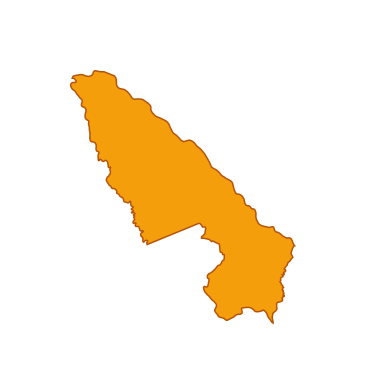 Mutarara, Tete, Mozambique (Robinson projection), rotated 158°
{"feature_id": "85939544B58328889190937", "entity_name": "Mutarara", "entity_type": "district", "adm_level": 2, "iso_a3": "MOZ", "parent_name": "Mozambique", "parent_adm1": "Tete", "projection": "robinson", "projection_center": [35.123, -17.229], "detail": "fine", "context": "isolated", "style": "filled", "palette": "amber", "viewbox_px": 384, "rotation_deg": 158, "n_neighbors": 0, "source": "geoboundaries", "source_scale": "gbopen_adm2", "svg_char_len": 6022}
<svg xmlns="http://www.w3.org/2000/svg" viewBox="0 0 384 384"><g transform="rotate(158 192 192)"><path d="M260.4,342.3L259.6,342.0L259.1,341.7L258.4,340.5L257.9,338.4L258.0,337.7L258.3,337.5L259.1,337.3L261.7,338.2L262.9,338.1L263.8,337.5L264.3,337.0L264.8,335.3L264.6,333.0L264.2,331.8L262.8,329.7L262.5,328.6L261.9,325.4L261.2,323.7L260.8,321.8L259.6,318.9L259.5,317.7L259.7,317.1L261.5,315.1L262.0,313.9L262.0,313.0L261.6,312.1L260.3,311.0L259.7,310.0L259.4,308.0L259.6,307.3L261.8,304.2L262.6,302.7L263.1,301.3L263.2,300.4L263.0,299.5L262.6,298.6L261.5,297.2L261.3,296.8L261.4,295.8L262.5,293.7L263.0,290.3L264.0,287.7L264.5,284.8L265.9,281.5L266.8,279.6L267.0,277.6L266.9,277.0L266.3,276.3L264.3,275.0L263.6,274.2L263.3,273.2L263.2,272.1L263.3,271.2L263.6,270.4L264.7,268.3L265.1,266.6L264.9,265.6L263.5,264.1L263.5,263.3L263.8,262.8L265.2,261.5L266.1,259.3L266.9,256.7L266.9,256.2L266.3,255.9L265.8,256.1L265.2,256.8L264.7,256.7L264.2,256.0L263.5,254.2L263.0,253.7L262.2,253.5L260.7,253.8L260.3,253.7L259.6,253.2L259.2,252.3L259.1,251.1L259.6,248.7L260.2,246.7L260.2,246.3L259.7,245.6L258.5,245.7L258.3,245.2L259.6,243.8L259.8,243.4L260.1,241.1L260.6,240.2L261.6,239.1L262.5,238.8L263.2,238.0L265.0,237.5L265.4,237.2L266.1,236.2L266.6,235.9L267.0,235.1L267.1,233.9L266.6,232.0L266.5,230.8L266.1,229.0L265.2,227.9L265.0,225.8L264.4,224.9L263.7,224.8L262.9,224.3L262.1,223.4L261.6,222.3L261.5,221.0L262.2,219.1L260.8,217.4L260.3,214.9L258.4,212.4L258.3,211.6L258.3,210.4L258.7,209.0L258.5,208.4L255.3,205.8L254.4,205.9L253.5,206.6L253.0,206.7L252.6,206.0L252.9,204.7L253.5,203.0L253.6,202.3L253.4,201.7L252.4,200.6L252.2,199.9L252.3,199.7L252.7,199.5L254.2,199.3L254.6,199.0L254.6,198.4L253.5,197.0L253.5,196.4L253.7,196.1L254.0,196.0L255.6,195.9L255.8,195.6L255.5,195.0L253.6,194.6L253.3,194.4L253.0,193.4L253.3,193.0L254.6,192.8L254.9,192.6L254.8,192.1L254.2,191.3L254.3,191.0L255.2,190.7L255.5,190.3L255.4,188.6L255.6,187.8L257.5,186.8L257.8,186.4L258.2,185.6L258.1,185.0L257.8,184.7L256.0,184.6L255.6,184.2L255.6,183.8L256.9,182.7L257.2,182.2L257.1,181.4L256.7,180.9L255.3,180.5L254.6,180.1L254.3,179.5L254.6,176.3L254.4,175.4L253.7,174.8L252.5,174.8L251.9,174.1L252.1,173.5L254.0,173.1L254.8,172.8L255.3,172.2L255.7,171.2L255.8,170.5L255.0,168.4L254.9,167.3L255.9,165.2L256.0,164.2L255.6,163.6L255.3,163.6L253.9,164.4L252.8,164.5L252.3,164.3L251.5,163.6L251.4,163.1L252.8,162.1L253.1,161.4L253.3,160.1L198.1,160.4L197.1,160.2L196.3,159.5L195.7,157.9L195.3,155.5L193.1,154.9L192.9,153.1L195.9,148.3L199.8,146.9L200.4,146.1L200.5,145.6L198.9,144.9L196.4,143.4L193.7,141.4L192.5,138.8L191.3,138.9L186.2,133.4L188.3,125.9L186.7,124.3L187.0,122.6L185.6,121.7L186.9,118.6L187.7,117.2L188.3,117.0L189.2,116.9L190.0,116.5L193.1,113.9L194.4,114.0L194.8,114.1L195.8,114.0L198.5,112.3L202.1,110.8L204.7,110.0L207.3,109.8L208.6,109.1L209.1,108.6L209.8,107.0L209.7,106.1L209.0,105.4L209.1,104.3L209.8,102.9L212.3,99.3L213.1,98.5L213.6,98.4L214.6,98.6L215.6,99.7L216.2,99.8L216.7,99.6L217.0,99.2L217.5,97.3L217.5,95.0L217.1,93.5L216.4,91.3L215.2,88.9L214.5,86.2L213.8,84.3L212.6,82.3L211.6,79.1L211.7,78.0L212.1,76.9L214.9,74.3L215.4,73.4L215.2,71.4L214.5,69.5L214.2,67.3L213.7,66.2L213.1,65.4L211.1,64.1L209.9,63.1L208.4,60.4L208.1,60.2L207.2,59.9L201.1,60.4L199.4,60.7L197.0,61.5L195.3,61.4L193.1,60.6L191.6,60.8L190.9,61.0L190.4,62.1L189.9,65.1L189.7,65.4L189.0,65.6L186.1,65.0L182.4,63.7L181.1,62.7L180.2,61.7L179.5,60.7L178.2,57.7L177.4,57.0L175.4,56.2L171.9,55.6L170.6,56.0L169.6,55.1L169.1,54.5L168.2,51.8L168.3,48.7L168.0,46.3L167.3,44.1L166.7,41.3L165.9,40.1L165.5,41.2L164.7,45.4L163.1,48.2L162.4,49.1L161.8,49.5L159.0,50.4L157.4,51.3L156.9,52.2L156.5,53.9L155.3,56.8L154.7,57.3L154.0,57.5L151.0,57.1L148.9,57.3L148.4,58.0L148.4,59.3L148.3,59.8L147.5,59.9L147.3,60.1L146.5,61.6L146.3,61.6L145.8,60.8L145.4,60.9L145.2,61.9L145.8,62.6L145.8,62.8L145.6,63.2L144.7,63.7L144.6,64.6L144.9,66.0L144.4,66.2L144.3,66.4L144.8,67.1L144.9,67.7L144.4,68.1L144.1,68.2L143.9,69.1L142.9,69.3L143.3,70.7L143.0,71.6L143.7,72.4L143.6,74.6L144.1,75.5L143.9,76.0L143.3,76.3L142.7,77.0L142.5,77.7L142.5,78.2L142.2,78.8L140.9,79.4L139.6,79.4L138.9,80.4L139.3,81.2L138.0,80.9L137.5,81.0L137.2,81.5L137.7,82.0L137.7,82.5L136.9,83.2L135.3,83.2L134.6,84.0L134.4,84.6L134.5,84.9L135.2,85.4L135.4,85.7L135.0,86.4L133.7,87.1L132.6,87.9L131.4,88.4L129.3,90.7L127.3,91.2L125.3,92.5L122.9,93.8L122.9,94.7L123.3,96.9L123.1,98.2L122.8,98.7L119.7,102.2L118.2,103.6L116.9,103.6L117.4,105.4L117.5,106.9L117.3,109.5L117.6,111.4L118.0,112.2L118.6,112.8L121.4,113.9L122.3,114.7L124.4,117.3L125.5,119.7L127.1,122.1L129.2,123.7L129.6,124.6L129.7,125.8L129.5,127.4L129.5,128.6L129.9,129.5L131.2,129.9L133.8,130.2L139.7,134.4L141.3,136.2L142.2,138.1L142.5,142.0L142.4,143.7L142.0,145.3L140.5,148.8L140.4,151.8L141.2,153.2L142.7,154.0L143.1,154.6L143.6,156.8L143.9,157.3L144.6,158.0L145.8,158.6L146.4,159.1L146.9,159.8L147.2,161.3L146.5,165.8L146.8,168.6L147.5,170.1L148.2,171.3L149.2,172.3L150.9,173.2L151.6,174.0L151.8,174.5L152.1,177.6L151.6,181.9L151.2,183.7L151.1,185.4L151.4,186.8L152.2,188.1L155.9,192.6L156.5,193.8L158.3,196.1L158.7,197.1L159.3,199.6L160.6,202.6L164.1,207.0L164.6,208.2L164.7,213.0L165.0,215.8L166.0,222.6L167.3,226.8L168.3,229.3L170.0,232.1L170.4,233.1L171.1,235.7L171.8,237.4L172.4,238.5L173.2,239.5L174.1,240.4L175.3,241.2L180.9,241.8L182.6,243.8L185.0,249.9L187.2,253.5L187.6,255.1L188.0,260.0L188.0,262.8L188.2,264.5L188.7,266.1L189.7,267.9L193.5,272.2L196.7,275.2L197.6,276.6L199.1,280.4L199.4,282.4L199.2,284.3L198.3,286.2L198.3,286.9L198.3,287.8L199.2,290.2L202.7,295.8L204.1,297.0L207.5,298.6L210.7,299.6L211.7,300.5L212.3,301.4L213.0,305.2L214.2,308.8L215.3,310.9L216.5,312.5L220.1,314.9L221.3,316.3L221.7,317.2L221.9,319.4L220.0,324.7L220.0,327.0L220.5,328.8L228.5,336.4L232.2,338.0L236.2,340.7L237.1,340.8L238.0,340.5L238.5,340.2L239.7,338.6L240.6,338.0L242.0,337.6L244.2,337.8L246.3,338.8L250.0,342.1L252.5,342.9L257.1,343.8L258.4,343.9L259.0,343.8L260.4,342.3Z" fill="#f59e0b" stroke="#b45309" stroke-width="1.5"/></g></svg>